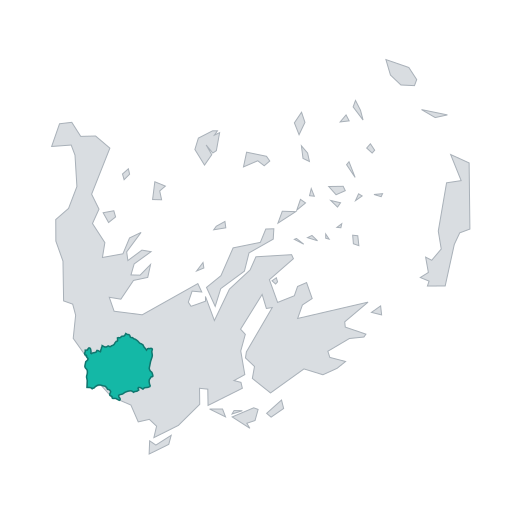 Greece, with Dytiki Makedonia highlighted, rotated 274°
{"feature_id": "GRC-2892", "entity_name": "Dytiki Makedonia", "entity_type": "Region", "adm_level": 1, "iso_a3": "GRC", "parent_name": "Greece", "parent_adm1": "", "projection": "equal_earth", "projection_center": [21.4, 40.362], "detail": "fine", "context": "in_parent", "style": "filled", "palette": "teal", "viewbox_px": 512, "rotation_deg": 274, "n_neighbors": 0, "source": "natural_earth", "source_scale": "10m", "svg_char_len": 5922}
<svg xmlns="http://www.w3.org/2000/svg" viewBox="0 0 512 512"><g transform="rotate(274 256 256)"><path d="M351.0,44.5L374.2,50.8L376.5,62.9L363.1,72.8L364.5,87.6L353.4,102.7L306.2,87.7L291.8,96.1L277.0,90.6L258.8,104.3L243.8,102.9L248.9,123.1L265.2,128.6L271.5,139.7L251.1,126.7L242.5,128.5L253.9,141.8L253.0,151.0L239.6,135.0L228.4,132.6L228.8,141.7L240.2,151.4L227.1,149.5L223.1,135.5L203.5,124.2L204.6,112.5L191.0,118.3L189.4,146.6L224.4,199.9L216.3,204.4L216.5,194.7L205.2,191.7L201.3,194.7L203.6,200.2L207.4,208.8L212.1,208.4L188.7,219.0L221.1,231.8L241.7,251.1L255.2,256.0L259.8,291.4L255.9,293.5L233.3,271.0L211.2,280.8L219.0,297.0L228.5,299.6L233.0,308.3L217.5,315.0L210.4,305.7L196.6,301.9L217.8,371.0L196.5,349.1L191.3,350.0L185.7,371.1L182.7,369.3L180.2,354.9L166.0,334.3L160.0,336.7L157.0,352.7L149.6,344.7L142.2,331.0L146.7,311.7L120.4,280.0L133.6,260.9L145.7,262.2L153.6,252.6L159.7,253.1L205.7,275.8L204.4,270.0L218.1,264.8L181.9,245.7L177.1,250.8L160.2,247.4L136.9,253.1L130.2,242.7L128.9,249.8L123.1,251.6L103.6,218.6L119.8,217.2L120.1,208.9L104.1,210.2L81.6,190.4L67.7,166.8L79.3,168.7L85.6,161.0L82.3,150.1L98.6,141.6L105.6,121.4L116.2,110.5L113.1,96.6L141.6,95.4L161.1,79.4L184.4,80.2L195.2,76.5L197.8,67.2L237.4,63.8L256.9,55.3L278.4,53.7L290.4,65.7L312.8,72.5L344.0,68.4L353.8,63.9L351.0,44.5ZM251.6,429.1L266.7,425.3L264.0,431.6L275.9,440.3L293.6,436.1L342.3,441.0L345.5,455.4L370.8,443.1L363.7,462.1L297.8,467.5L293.3,457.6L281.4,453.0L239.3,446.8L238.0,429.1L243.0,430.4L246.0,421.4L251.6,429.1ZM221.2,208.8L233.9,222.4L262.5,232.6L269.9,259.4L283.6,263.9L284.4,271.9L274.0,272.0L258.6,248.8L240.1,245.5L221.0,223.1L202.9,218.8L221.2,208.8ZM369.6,190.3L377.8,203.9L378.2,208.8L373.7,206.1L376.5,211.1L358.3,209.1L355.7,205.7L363.3,198.5L354.0,204.8L343.1,198.3L358.0,187.6L369.6,190.3ZM443.2,404.0L437.0,402.2L436.7,388.6L445.9,377.5L461.0,371.9L454.7,395.3L443.2,404.0ZM356.2,259.5L351.7,263.1L346.6,257.9L351.1,251.1L344.0,237.3L358.9,239.4L356.2,259.5ZM93.8,243.5L104.4,264.3L103.1,268.8L91.8,266.5L88.5,258.5L83.7,261.9L93.8,243.5ZM71.2,183.9L62.0,182.1L51.0,163.2L64.2,162.8L60.4,169.3L71.2,183.9ZM323.0,149.9L319.4,160.7L314.2,155.4L305.5,157.9L305.1,148.9L323.0,149.9ZM391.5,285.0L402.6,291.4L392.7,295.5L380.0,290.5L391.5,285.0ZM291.2,111.0L285.2,113.2L279.1,106.6L288.5,100.5L291.2,111.0ZM99.8,277.6L114.1,291.5L105.8,294.2L96.3,282.3L99.8,277.6ZM331.6,338.1L327.4,340.5L322.7,331.6L330.4,323.7L331.6,338.1ZM302.5,279.1L303.0,292.5L290.3,275.6L302.5,279.1ZM413.6,410.9L410.1,437.1L406.6,425.1L413.6,410.9ZM101.0,233.3L93.4,236.8L100.1,220.4L101.0,233.3ZM214.9,383.8L206.0,385.4L207.8,375.1L214.9,383.8ZM399.1,353.3L411.5,342.5L418.1,344.4L408.6,350.1L399.1,353.3ZM354.0,302.7L356.6,296.1L369.1,293.6L362.3,300.3L354.0,302.7ZM316.6,326.7L315.0,336.6L310.5,333.9L316.6,326.7ZM315.6,296.4L312.4,301.7L304.6,293.5L315.6,296.4ZM288.3,222.6L282.0,223.9L279.2,212.0L282.9,214.3L288.3,222.6ZM334.1,122.6L328.8,124.2L322.9,119.1L328.5,117.1L334.1,122.6ZM283.5,351.0L283.3,356.1L273.5,357.9L275.0,352.3L283.5,351.0ZM356.5,342.2L341.3,349.4L353.4,340.0L356.5,342.2ZM276.3,295.2L271.1,302.8L275.3,293.1L276.3,295.2ZM327.1,306.4L319.7,310.0L319.9,305.2L327.1,306.4ZM375.9,362.3L369.8,367.0L366.8,364.7L371.4,358.9L375.9,362.3ZM403.0,336.0L397.3,339.5L395.6,330.6L403.0,336.0ZM280.4,310.4L275.5,316.3L277.9,306.1L280.4,310.4ZM100.3,244.9L100.7,253.2L96.7,243.1L100.3,244.9ZM325.2,354.0L323.3,357.7L318.2,351.4L325.2,354.0ZM245.8,203.6L240.4,204.8L236.9,197.8L245.8,203.6ZM235.7,277.8L231.7,279.3L229.4,277.5L232.4,273.7L235.7,277.8ZM282.8,324.0L277.9,327.8L278.6,324.3L282.8,324.0ZM325.6,369.4L327.0,377.9L323.9,376.7L325.6,369.4ZM294.2,339.3L290.1,338.7L290.2,334.7L294.2,339.3Z" fill="#d9dde1" stroke="#a8b0b8" stroke-width="1"/><path d="M110.6,120.5L111.8,119.7L112.2,119.1L112.4,118.8L112.5,118.5L112.5,117.7L112.8,117.1L113.3,116.8L113.9,116.6L114.2,116.0L114.6,115.7L115.0,115.4L115.4,115.1L115.6,114.4L115.7,114.0L115.7,113.5L115.8,112.7L116.3,110.6L116.5,109.5L116.4,108.3L116.1,107.2L115.6,106.3L114.4,104.8L113.0,103.6L112.8,103.1L112.8,102.6L112.6,102.2L112.1,101.8L112.9,100.8L113.2,99.5L113.1,96.6L120.0,96.4L123.3,95.4L124.5,95.4L126.2,95.8L127.0,95.9L128.6,95.9L130.1,95.6L130.9,95.2L132.6,93.5L133.7,93.0L134.8,93.0L138.4,93.5L138.6,93.5L140.6,95.4L141.9,95.6L142.3,95.3L143.4,94.3L143.9,93.9L144.2,93.8L144.8,93.9L145.1,93.8L145.2,93.5L145.3,92.7L145.4,92.4L146.7,91.8L149.2,92.4L150.1,92.2L150.4,94.3L152.0,95.1L152.7,95.8L152.6,96.7L151.8,97.4L150.9,97.7L149.1,98.1L147.4,98.0L147.1,98.8L147.8,99.6L148.6,102.4L149.1,103.3L150.7,103.9L150.7,104.8L149.6,107.4L150.4,107.7L151.3,107.7L153.2,108.3L154.1,108.3L154.8,108.8L155.9,108.8L154.7,111.4L154.8,113.1L156.0,114.8L155.4,116.4L155.5,117.3L156.2,117.9L157.2,119.9L158.0,120.7L159.7,121.5L161.2,122.6L161.2,123.4L162.0,123.9L164.6,123.5L165.0,124.4L164.9,125.2L165.0,126.1L166.6,127.8L166.8,129.5L167.4,130.5L169.6,131.5L168.8,132.9L168.7,134.7L168.1,135.5L166.2,136.4L165.9,137.3L166.0,138.5L164.9,139.9L164.5,141.5L163.1,143.8L160.9,146.1L160.4,147.7L159.5,149.4L157.6,150.5L155.4,152.6L154.4,153.3L155.9,154.3L156.3,155.2L156.2,156.0L156.6,157.7L156.4,158.6L155.8,159.1L153.3,158.7L149.8,159.5L148.2,159.4L143.5,158.2L136.5,157.3L134.7,158.0L133.8,158.7L132.7,160.2L131.7,160.7L129.8,161.4L128.9,161.5L128.3,160.9L128.3,160.0L125.2,158.2L123.5,158.1L120.9,158.7L119.1,159.5L118.3,159.2L117.4,157.3L116.8,153.9L115.3,152.5L116.6,150.0L116.7,148.1L115.9,147.5L114.1,148.4L112.8,146.7L112.2,144.1L111.5,143.5L112.7,141.3L112.8,140.3L112.2,137.7L111.0,135.0L109.0,132.5L108.1,129.7L107.4,128.7L105.6,129.1L105.0,129.9L104.1,130.4L103.2,130.5L102.7,130.0L102.5,129.8L103.2,128.0L103.7,127.0L104.0,126.5L104.1,125.7L104.1,125.1L103.9,123.4L104.0,122.9L104.4,122.4L105.4,122.2L105.8,122.0L106.2,121.3L106.4,120.7L106.6,120.2L107.2,119.8L108.5,119.8L109.6,120.3L110.6,120.5Z" fill="#14b8a6" stroke="#0f766e" stroke-width="1.5"/></g></svg>